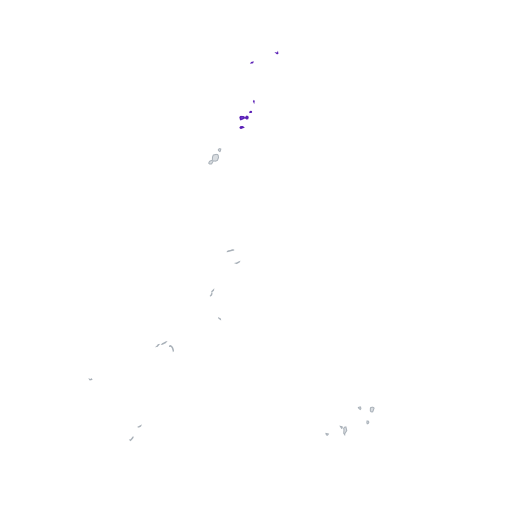 Leeward Islands highlighted on a map of French Polynesia, rotated 100°
{"feature_id": "PYF-4964", "entity_name": "Leeward Islands", "entity_type": "state/province", "adm_level": 1, "iso_a3": "PYF", "parent_name": "French Polynesia", "parent_adm1": "", "projection": "albers", "projection_center": [-151.978, -16.346], "detail": "fine", "context": "in_parent", "style": "filled", "palette": "violet", "viewbox_px": 512, "rotation_deg": 100, "n_neighbors": 0, "source": "natural_earth", "source_scale": "10m", "svg_char_len": 3613}
<svg xmlns="http://www.w3.org/2000/svg" viewBox="0 0 512 512"><g transform="rotate(100 256 256)"><path d="M169.8,314.6L173.0,315.7L173.5,317.5L172.8,318.7L171.2,318.3L170.4,317.7L169.3,315.6L166.2,316.0L164.0,315.6L162.8,312.8L162.8,311.5L163.3,310.8L165.6,310.0L168.5,310.6L169.6,312.2L169.8,314.6ZM412.1,136.3L415.5,137.7L416.6,137.6L415.4,138.8L411.9,139.2L410.7,139.7L409.3,139.2L408.7,137.8L412.1,136.3ZM388.7,116.5L386.4,116.9L385.3,116.7L384.6,114.8L385.0,113.6L385.4,113.3L389.2,114.0L389.5,114.9L389.4,115.7L388.7,116.5ZM123.0,295.1L122.2,295.1L121.3,294.8L121.6,292.4L121.8,291.9L123.0,292.7L124.1,294.8L123.0,295.1ZM158.8,311.0L158.1,311.6L157.1,311.2L156.7,310.6L156.6,310.0L156.8,309.2L158.9,309.4L159.5,309.7L158.8,311.0ZM400.8,117.9L399.2,118.0L399.1,116.8L399.6,116.3L400.2,116.0L401.4,116.4L401.9,117.0L401.9,117.4L400.8,117.9ZM388.0,128.5L387.4,128.9L386.6,127.4L386.5,126.8L388.2,126.2L389.1,126.7L388.0,128.5ZM256.6,284.6L256.7,285.0L256.3,284.9L255.5,283.7L255.2,282.7L254.7,281.5L254.0,280.6L253.9,279.8L253.9,278.6L254.7,280.5L255.4,282.0L256.0,283.3L256.6,284.6ZM360.0,324.9L360.1,325.4L359.3,325.3L359.1,325.1L359.1,324.3L359.8,323.3L360.3,322.5L361.3,321.8L363.0,321.0L363.8,320.8L364.1,321.0L363.8,321.1L360.9,322.6L360.0,323.7L359.5,324.5L359.6,324.8L360.0,324.9ZM419.5,155.9L418.6,156.3L418.7,153.8L419.8,154.3L420.2,154.8L420.0,155.4L419.5,155.9ZM359.1,332.7L359.3,333.4L358.5,332.9L357.7,331.7L356.4,330.1L356.1,329.5L357.2,330.1L357.8,331.0L359.1,332.7ZM121.8,289.9L121.4,290.1L120.9,289.7L120.8,289.0L120.9,288.0L122.0,288.7L122.4,289.1L121.8,289.9ZM410.9,141.7L409.1,143.4L409.2,141.5L409.8,141.3L410.4,141.3L410.9,141.7ZM459.6,347.7L459.1,348.2L459.1,347.7L458.5,347.4L457.7,346.8L456.5,346.2L455.9,346.0L455.6,345.7L456.1,345.5L456.8,345.8L457.8,346.4L458.9,347.1L459.6,347.7ZM266.8,273.8L266.6,274.8L266.2,273.8L264.9,272.1L264.4,271.3L265.0,271.5L266.8,273.8ZM362.1,337.4L362.4,338.2L361.9,337.8L360.2,336.9L360.0,336.2L362.1,337.4ZM302.4,293.1L303.6,294.3L302.0,293.4L300.0,293.0L300.8,292.8L301.9,292.9L302.4,293.1ZM299.5,293.3L298.6,293.4L296.5,291.9L297.3,291.9L298.5,292.9L299.5,293.3ZM444.9,341.8L444.8,342.3L442.9,339.9L443.7,340.1L444.9,341.8ZM406.8,398.3L406.2,398.7L406.4,398.1L406.0,396.8L405.6,396.6L406.1,396.2L406.7,397.3L406.8,398.3ZM323.9,281.7L323.5,281.9L324.1,280.1L324.7,279.9L323.9,281.7Z" fill="#d9dde1" stroke="#a8b0b8" stroke-width="1"/><path d="M121.5,291.8L121.8,291.8L122.2,291.9L122.6,292.1L123.0,292.8L124.3,294.7L124.1,294.9L123.2,295.3L122.7,295.2L122.6,295.5L122.4,295.7L122.2,295.7L121.5,295.4L121.3,294.6L121.1,292.5L121.2,292.1L121.5,291.8ZM122.0,289.3L121.9,290.0L121.9,290.3L121.6,290.2L120.3,289.6L120.1,289.4L120.2,288.5L120.5,288.2L121.0,288.1L121.7,288.1L121.6,288.4L121.9,288.4L122.2,288.5L122.3,288.5L122.4,288.8L122.4,289.1L122.2,289.2L122.0,289.3ZM132.1,292.6L132.2,292.4L132.4,292.4L132.6,292.6L132.7,292.8L132.8,293.0L132.7,293.3L132.6,293.5L132.4,293.5L132.2,293.8L131.6,293.5L131.4,293.3L131.4,293.1L131.5,292.8L131.8,292.7L132.0,292.7L132.1,292.6ZM131.7,291.2L132.1,291.9L132.1,292.0L131.9,292.1L131.7,292.3L131.2,292.5L131.1,292.2L131.1,291.7L131.3,291.1L131.5,290.8L131.7,291.2ZM114.7,285.7L115.1,285.6L115.3,285.8L115.4,286.3L115.5,286.8L115.1,286.8L114.8,286.5L114.6,286.1L114.7,285.7ZM66.3,293.4L66.4,293.6L66.5,294.0L66.3,293.9L66.1,293.2L65.9,292.9L66.1,292.9L66.2,293.0L66.3,293.4ZM52.7,270.6L52.8,270.3L52.7,270.1L52.4,270.0L52.7,269.9L52.8,270.0L52.9,270.3L52.9,270.5L52.7,270.8L52.7,270.6ZM104.3,284.9L104.0,285.1L103.8,285.0L103.9,284.9L104.3,284.9Z" fill="#8b5cf6" stroke="#5b21b6" stroke-width="1.5"/></g></svg>